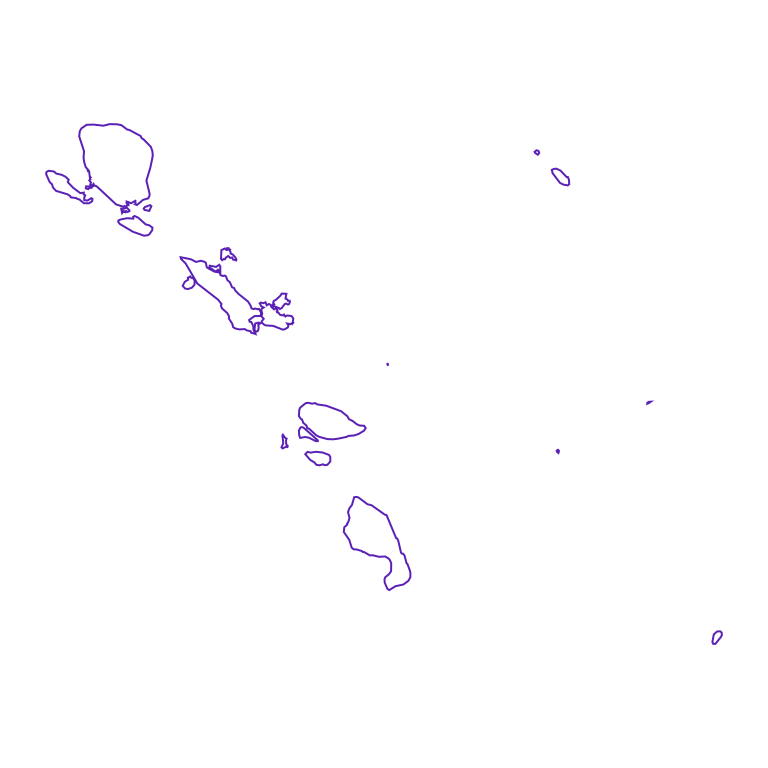 Wakatobi, Sulawesi Tenggara, Indonesia
{"feature_id": "22746128B42553963392557", "entity_name": "Wakatobi", "entity_type": "district", "adm_level": 2, "iso_a3": "IDN", "parent_name": "Indonesia", "parent_adm1": "Sulawesi Tenggara", "projection": "albers", "projection_center": [123.878, -5.686], "detail": "fine", "context": "isolated", "style": "outline", "palette": "violet", "viewbox_px": 768, "rotation_deg": 0, "n_neighbors": 0, "source": "geoboundaries", "source_scale": "gbopen_adm2", "svg_char_len": 6083}
<svg xmlns="http://www.w3.org/2000/svg" viewBox="0 0 768 768"><path d="M117.0,124.3L109.9,124.1L103.4,125.7L93.7,124.6L86.7,124.8L81.5,128.3L79.8,131.2L79.2,136.4L84.0,151.2L83.6,158.0L84.2,162.1L85.7,167.1L88.4,170.2L87.8,170.5L88.1,171.4L89.2,171.8L89.7,176.2L90.6,177.3L89.9,177.6L90.4,179.3L89.3,180.3L91.0,182.5L90.3,184.4L92.3,185.7L93.5,183.9L94.1,185.1L93.6,186.0L94.5,185.5L96.8,186.4L116.1,204.4L123.5,206.8L124.5,206.0L126.0,206.6L127.2,205.4L128.5,205.2L128.4,203.9L127.4,204.3L126.5,203.1L126.6,201.5L131.3,203.2L136.0,200.3L135.2,201.3L135.7,203.9L135.1,204.3L137.0,205.0L143.0,199.9L148.3,198.3L149.4,195.9L149.7,194.2L146.4,180.6L150.2,168.2L152.0,159.8L152.8,155.2L152.3,151.0L150.9,146.9L143.5,139.3L141.6,138.1L140.6,136.0L129.2,129.9L127.3,129.6L121.3,125.1L117.0,124.3ZM348.3,522.1L347.1,523.7L347.2,524.7L344.3,527.2L343.8,532.0L349.3,539.9L351.7,547.7L353.7,549.3L356.7,549.5L362.0,551.1L362.8,552.0L363.9,551.9L369.7,555.3L373.1,555.3L378.9,556.8L385.3,556.5L388.8,558.7L390.0,560.3L391.2,563.3L391.1,571.2L389.1,574.1L385.3,577.2L384.5,579.3L384.7,582.6L387.4,588.8L389.2,590.1L395.5,586.2L403.4,584.5L408.4,580.8L410.3,577.3L410.4,572.8L409.6,569.8L407.5,564.1L406.6,563.3L404.5,555.5L403.1,553.7L401.8,553.6L401.0,552.6L398.3,540.9L397.3,538.6L396.1,538.1L386.6,515.2L384.9,514.7L371.5,505.2L367.6,504.3L358.5,497.5L356.4,496.9L354.2,497.2L351.9,505.1L349.5,508.1L348.0,512.1L349.5,517.9L348.3,522.1ZM191.0,259.3L180.6,257.2L181.0,258.9L185.6,263.4L197.4,283.6L218.0,299.6L221.5,304.0L220.9,305.7L222.0,308.4L227.3,313.1L229.1,316.5L228.8,318.4L232.3,323.8L233.1,327.1L235.3,328.5L239.2,329.4L244.9,329.1L246.8,330.4L250.7,331.3L251.0,332.6L255.5,334.0L253.5,329.9L253.2,326.0L251.3,322.0L249.7,321.8L249.1,320.0L254.5,316.1L260.7,316.0L261.1,312.8L259.1,308.9L257.4,309.2L255.0,308.5L253.8,309.1L251.5,308.4L250.6,305.6L248.0,301.5L238.5,293.9L235.3,290.6L234.1,288.0L232.1,287.3L229.9,282.2L227.4,280.2L226.0,276.5L225.0,275.6L222.7,276.0L220.5,275.1L220.3,273.8L219.0,272.3L214.5,271.7L207.5,267.9L206.7,267.0L205.9,263.0L204.8,261.9L200.9,260.8L195.9,261.9L191.0,259.3ZM308.1,402.8L305.8,403.1L300.3,407.5L299.3,409.6L298.9,416.0L300.6,418.6L302.0,419.5L303.3,422.9L306.5,425.6L307.3,428.2L309.2,428.8L316.1,435.2L319.1,436.8L327.4,439.1L333.2,439.3L338.5,438.6L346.6,436.9L348.5,435.9L354.0,435.5L358.6,434.0L364.1,430.6L365.7,428.1L364.2,425.8L359.6,425.5L356.7,424.2L353.0,421.2L348.9,419.1L347.4,416.3L341.1,411.2L326.2,405.7L317.2,404.4L315.2,403.1L312.1,403.7L308.1,402.8ZM56.3,173.6L54.0,171.5L48.6,170.8L46.5,172.0L46.1,174.0L49.7,182.1L52.1,184.4L52.9,187.4L56.1,190.9L67.2,194.2L70.1,195.9L70.7,197.3L76.3,198.1L77.6,199.1L79.2,199.3L83.9,203.2L89.0,203.3L92.2,201.2L92.4,198.8L91.4,198.2L87.3,200.6L84.3,200.1L84.2,197.9L85.2,195.4L83.7,194.4L83.8,192.6L80.2,193.1L73.0,187.6L68.3,182.7L67.8,181.8L68.7,179.7L65.6,176.8L61.7,174.8L56.3,173.6ZM265.5,302.3L263.4,303.2L260.9,302.6L259.7,303.3L261.2,306.2L263.7,307.5L261.9,308.6L261.3,310.1L262.2,313.5L261.5,316.4L263.7,318.8L261.6,321.5L261.7,322.4L264.0,324.6L265.7,325.4L273.2,325.9L282.7,329.6L284.4,329.4L287.8,327.5L288.4,325.5L287.2,323.5L290.2,324.1L292.1,323.2L292.3,323.8L293.3,322.7L292.8,322.1L293.3,318.4L291.5,316.0L287.0,315.5L285.3,316.5L284.0,314.6L283.3,315.4L280.2,314.9L278.5,312.8L277.0,312.2L276.8,311.5L277.5,311.4L277.6,310.6L277.0,309.2L275.7,308.4L274.1,309.4L271.2,306.8L270.6,304.9L269.0,304.0L266.7,305.3L265.5,302.3ZM138.2,217.7L134.6,216.0L133.2,216.8L133.3,218.6L127.1,218.2L120.5,219.5L118.4,220.5L118.2,221.8L119.7,223.9L132.8,231.7L144.0,235.7L147.8,235.2L149.3,234.3L152.1,230.4L152.5,227.7L149.3,225.3L145.7,224.4L138.2,217.7ZM322.6,452.5L315.8,451.8L310.7,452.6L307.5,451.9L305.3,454.2L310.2,459.9L314.4,462.4L316.4,464.8L319.5,465.3L322.9,464.3L324.7,465.2L327.4,464.8L330.3,461.5L330.3,456.9L329.0,454.9L322.6,452.5ZM566.7,177.1L560.4,170.5L556.4,168.7L553.9,168.9L551.8,169.9L552.6,173.2L560.0,182.9L563.4,184.6L567.8,185.4L569.2,184.2L569.0,179.9L567.8,177.0L566.7,177.1ZM285.5,298.6L286.4,293.8L281.7,293.6L280.3,295.8L275.7,300.0L273.9,300.8L273.2,302.3L274.1,304.2L272.8,304.4L272.4,306.0L273.6,306.6L274.0,306.1L279.1,308.1L279.9,309.0L281.7,308.1L284.7,304.1L285.9,303.6L287.9,304.5L289.0,304.2L289.9,302.1L289.7,300.8L287.8,300.7L287.4,299.5L285.5,298.6ZM317.8,440.3L303.5,427.6L301.9,427.1L300.4,427.6L298.9,430.6L299.2,435.3L300.1,437.9L305.2,437.0L308.9,437.7L315.8,441.1L317.8,441.1L317.8,440.3ZM228.5,248.8L228.5,248.2L227.2,248.2L227.5,249.7L226.4,250.0L224.8,248.5L221.4,250.1L221.0,258.9L222.2,260.2L223.7,259.0L224.9,259.3L225.8,257.7L228.2,256.0L230.2,257.9L232.2,257.5L233.0,259.5L236.2,260.4L236.4,259.4L235.1,257.1L232.8,254.5L230.6,253.6L230.5,251.8L229.4,250.2L230.0,249.6L228.5,248.8ZM192.0,287.6L194.5,284.7L194.7,280.9L193.3,278.3L190.7,277.5L190.3,276.5L187.9,277.7L188.2,279.7L184.8,281.8L182.7,285.8L185.0,288.5L187.9,289.1L192.0,287.6ZM715.4,643.9L721.2,636.6L721.9,634.8L721.6,632.5L720.1,631.3L717.1,631.5L713.8,634.4L712.4,642.0L713.3,643.9L715.4,643.9ZM220.3,266.4L219.2,264.8L216.2,266.9L209.7,265.7L209.3,267.3L215.6,271.6L218.0,269.7L220.3,272.2L220.3,266.4ZM287.7,445.8L286.3,444.6L286.0,440.2L286.6,438.7L285.1,437.8L282.9,434.7L282.4,435.5L283.3,443.1L281.5,447.4L282.6,448.4L286.0,446.8L287.4,447.1L287.7,445.8ZM258.4,322.6L255.2,323.5L254.5,329.2L254.8,330.5L256.1,331.8L258.0,330.8L258.7,327.7L258.3,324.8L260.4,323.3L258.4,322.6ZM149.2,210.9L151.4,206.2L150.1,205.1L144.8,207.1L143.7,208.6L144.5,209.9L149.2,210.9ZM129.4,210.3L126.8,207.7L123.7,208.8L121.2,208.7L122.1,213.1L122.9,212.1L123.9,212.0L123.6,211.3L125.0,212.0L125.0,211.2L126.4,211.1L127.1,212.1L129.4,211.2L129.4,210.3ZM539.2,152.9L538.6,151.1L537.7,150.6L536.5,150.3L534.6,151.8L535.0,152.8L537.8,154.7L539.2,152.9ZM91.1,186.4L86.1,186.4L85.8,188.4L88.3,189.1L89.3,188.0L91.3,187.8L91.1,186.4ZM558.4,453.0L559.0,450.9L558.0,449.8L556.7,450.6L557.1,452.0L558.4,453.0ZM647.3,403.8L648.6,403.2L650.8,401.7L648.9,401.8L647.4,402.7L647.3,403.8ZM388.1,365.7L387.9,364.0L387.0,363.3L388.1,365.7Z" fill="none" stroke="#5b21b6" stroke-width="2"/></svg>